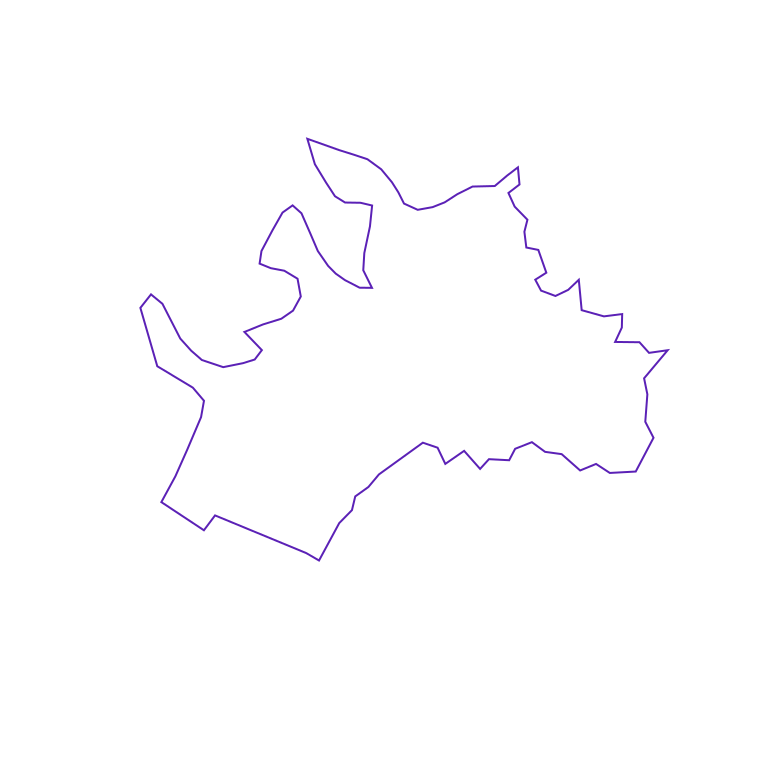 the district of Sagrada Família, Rio Grande do Sul, Brazil, rotated 228°
{"feature_id": "56859067B13063970392536", "entity_name": "Sagrada Família", "entity_type": "district", "adm_level": 2, "iso_a3": "BRA", "parent_name": "Brazil", "parent_adm1": "Rio Grande do Sul", "projection": "mercator", "projection_center": [-53.123, -27.702], "detail": "fine", "context": "isolated", "style": "outline", "palette": "violet", "viewbox_px": 768, "rotation_deg": 228, "n_neighbors": 0, "source": "geoboundaries", "source_scale": "gbopen_adm2", "svg_char_len": 1534}
<svg xmlns="http://www.w3.org/2000/svg" viewBox="0 0 768 768"><g transform="rotate(228 384 384)"><path d="M296.3,217.6L310.6,257.7L311.7,275.8L319.7,287.4L317.9,303.5L320.2,319.7L314.4,373.6L300.8,381.2L283.6,376.1L280.7,398.8L256.6,398.6L257.9,411.7L243.6,426.0L248.1,438.1L241.8,455.0L225.8,458.3L213.0,469.1L188.5,471.9L182.7,488.1L166.8,492.3L150.5,512.5L163.7,548.3L181.1,552.9L200.1,572.8L214.2,581.1L219.3,617.4L229.8,601.8L244.1,601.8L260.6,583.9L266.8,598.5L276.6,607.8L287.1,592.7L306.6,580.3L331.1,598.5L330.7,583.9L334.7,570.3L348.3,563.2L360.3,566.2L358.1,579.1L380.4,588.4L390.2,581.1L403.2,590.2L410.1,600.5L428.4,599.8L442.7,604.3L441.6,618.2L455.4,628.5L456.5,614.9L457.0,598.8L471.5,581.9L476.0,565.5L478.4,550.6L482.9,538.5L490.9,525.6L504.7,519.6L516.8,522.9L528.6,524.9L545.4,525.6L562.1,522.1L574.6,515.0L587.8,507.2L617.5,491.1L593.6,479.7L572.4,475.7L556.3,473.2L544.9,476.5L534.4,487.8L524.6,494.6L510.5,479.0L494.5,457.0L482.4,444.7L463.5,439.4L471.9,430.3L487.3,424.5L498.3,422.0L509.2,421.5L527.1,423.8L544.7,429.8L566.1,436.9L577.9,435.6L579.3,423.3L572.8,403.8L564.8,381.9L556.7,372.1L545.8,377.4L534.9,385.7L520.1,390.2L504.7,380.7L499.4,365.5L501.2,351.4L509.2,334.0L516.1,315.1L490.9,315.9L488.7,304.3L493.8,293.2L504.1,275.8L523.7,264.7L537.8,263.0L554.1,263.0L577.9,269.3L591.8,273.0L606.5,270.8L603.6,253.9L548.9,227.4L509.2,239.5L492.0,239.0L481.8,225.9L466.8,193.7L455.0,167.2L445.2,139.5L395.8,152.3L399.4,170.5L310.3,213.1L296.3,217.6Z" fill="none" stroke="#5b21b6" stroke-width="2"/></g></svg>